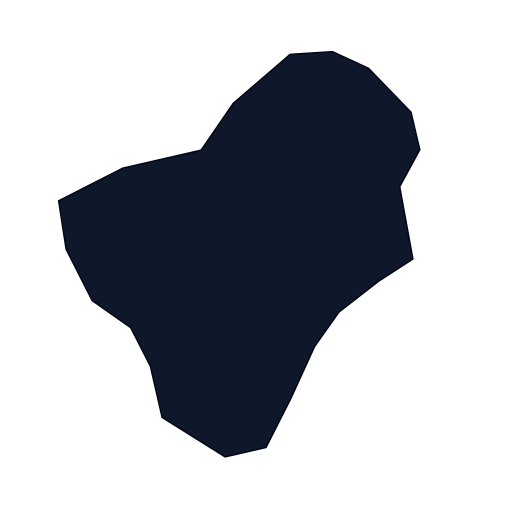 outline of Tjörn, Västra Götaland, Sweden, rotated 347°
{"feature_id": "70781695B41142122613038", "entity_name": "Tjörn", "entity_type": "district", "adm_level": 2, "iso_a3": "SWE", "parent_name": "Sweden", "parent_adm1": "Västra Götaland", "projection": "orthographic", "projection_center": [11.643, 58.001], "detail": "fine", "context": "isolated", "style": "filled", "palette": "ink", "viewbox_px": 512, "rotation_deg": 347, "n_neighbors": 0, "source": "geoboundaries", "source_scale": "gbopen_adm2", "svg_char_len": 440}
<svg xmlns="http://www.w3.org/2000/svg" viewBox="0 0 512 512"><g transform="rotate(347 256 256)"><path d="M334.6,67.2L268.2,102.1L226.3,140.5L146.0,140.4L76.1,157.8L72.5,206.7L86.4,262.7L117.8,297.7L128.3,339.7L128.2,392.2L180.7,444.8L222.7,444.8L257.8,402.8L292.8,357.3L324.2,329.3L369.7,308.2L408.2,294.2L411.6,220.8L439.5,189.3L439.4,150.8L407.9,98.5L376.5,74.1L334.6,67.2Z" fill="#0f172a" stroke="#020617" stroke-width="1.5"/></g></svg>